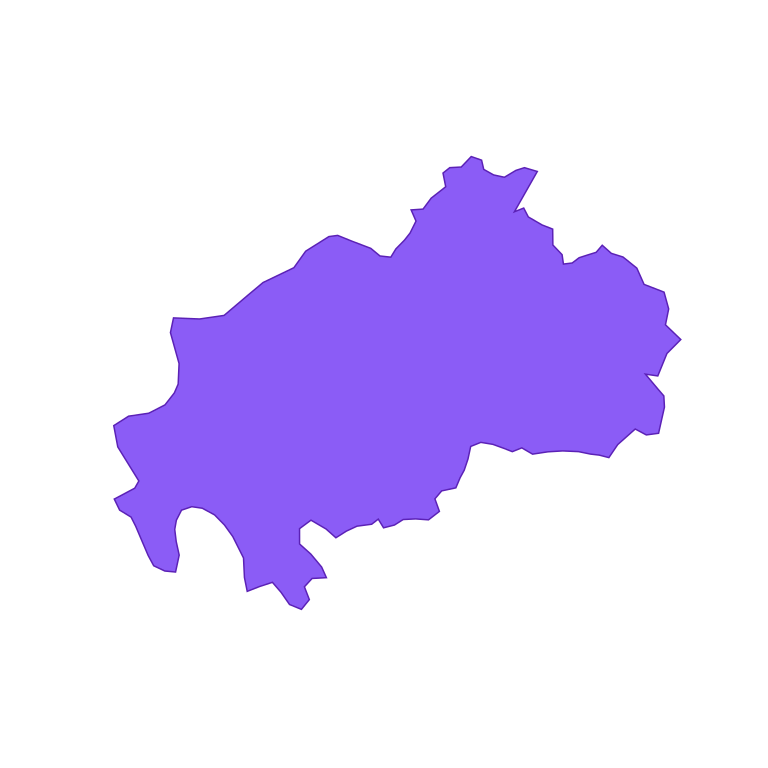 Nicolau Vergueiro, Rio Grande do Sul, Brazil, rotated 336°
{"feature_id": "56859067B10489140386792", "entity_name": "Nicolau Vergueiro", "entity_type": "district", "adm_level": 2, "iso_a3": "BRA", "parent_name": "Brazil", "parent_adm1": "Rio Grande do Sul", "projection": "orthographic", "projection_center": [-52.451, -28.521], "detail": "fine", "context": "isolated", "style": "filled", "palette": "violet", "viewbox_px": 768, "rotation_deg": 336, "n_neighbors": 0, "source": "geoboundaries", "source_scale": "gbopen_adm2", "svg_char_len": 1879}
<svg xmlns="http://www.w3.org/2000/svg" viewBox="0 0 768 768"><g transform="rotate(336 384 384)"><path d="M99.3,413.0L99.0,430.8L98.8,444.8L99.7,456.4L107.7,465.7L117.1,471.0L127.3,457.0L130.1,443.4L133.7,431.7L138.9,424.0L147.7,416.9L158.5,417.9L167.5,423.6L176.0,434.7L180.9,447.9L183.8,461.9L184.9,485.8L177.8,504.0L174.7,517.8L187.9,518.4L201.4,519.8L205.2,532.4L208.0,547.0L216.9,556.3L228.1,550.6L228.8,536.9L239.2,532.4L252.6,537.5L252.6,525.9L248.0,509.7L241.8,495.8L248.0,481.8L261.9,478.7L272.1,492.9L277.5,504.9L289.8,503.1L301.5,502.9L315.7,507.1L323.8,505.1L325.1,515.2L336.2,517.1L346.4,515.6L358.0,520.1L369.4,526.2L382.8,522.9L383.8,509.6L393.2,505.1L407.4,508.1L415.4,500.6L422.2,495.4L430.2,486.7L437.8,476.3L448.7,476.7L458.9,483.4L467.1,491.3L473.7,498.0L483.9,498.4L491.2,508.5L506.1,512.6L520.0,517.8L534.2,524.9L544.1,532.0L551.7,536.5L559.5,542.7L572.9,534.4L595.2,527.3L602.9,537.2L614.8,540.7L621.4,531.8L630.8,519.2L634.8,508.7L632.2,500.1L626.8,481.3L637.4,488.0L654.9,471.2L673.2,464.1L665.2,444.4L674.6,431.2L677.2,414.0L662.1,398.8L662.1,381.0L654.0,365.2L644.8,357.1L639.8,346.0L631.4,350.0L622.9,349.0L613.6,348.0L605.1,350.0L596.7,347.4L599.3,338.3L594.8,325.7L601.1,311.1L593.1,303.0L583.8,290.1L583.2,280.1L573.2,279.7L610.5,252.2L600.3,243.5L591.4,242.5L578.1,244.1L569.2,237.6L562.4,228.5L564.2,219.2L556.2,211.7L542.8,217.2L532.1,213.1L523.7,215.3L520.6,228.9L502.7,233.4L490.8,240.1L479.6,236.0L479.5,248.2L469.2,256.7L461.2,260.9L449.8,265.4L441.8,270.9L432.4,265.4L427.1,254.7L412.8,240.5L402.1,229.4L393.6,226.9L366.5,230.8L349.0,241.1L314.8,242.1L295.5,247.6L265.8,256.3L242.0,249.6L218.6,238.0L209.8,250.2L205.1,282.0L195.9,300.4L188.8,306.9L175.4,314.0L157.2,315.0L137.6,309.5L120.2,312.1L115.2,333.2L120.6,372.9L113.9,377.8L90.8,379.4L91.2,391.7L98.8,402.7L99.3,413.0Z" fill="#8b5cf6" stroke="#5b21b6" stroke-width="1.5"/></g></svg>